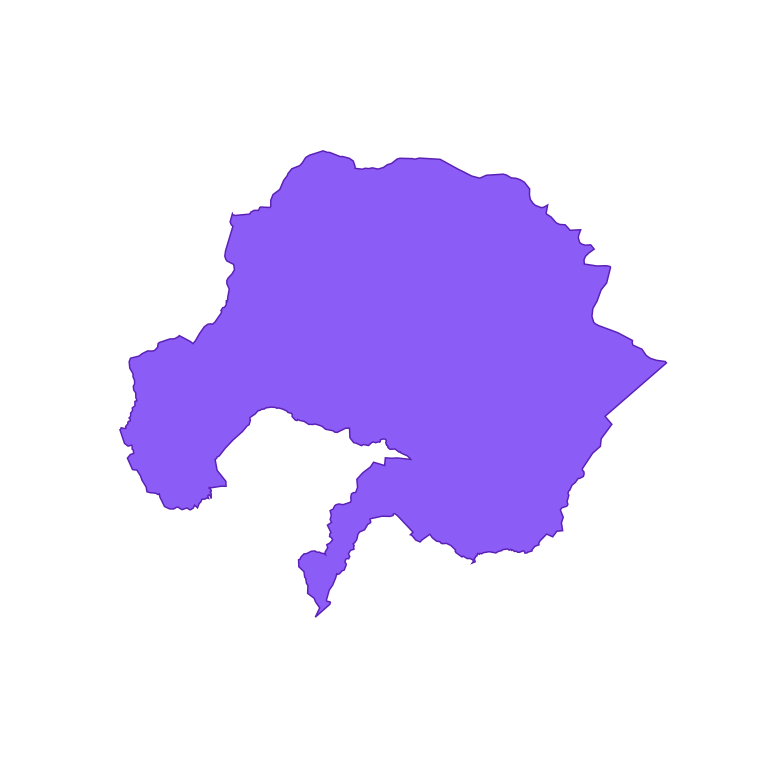 the district of Latacunga, Cotopaxi, Ecuador, rotated 319°
{"feature_id": "8360857B97397633199247", "entity_name": "Latacunga", "entity_type": "district", "adm_level": 2, "iso_a3": "ECU", "parent_name": "Ecuador", "parent_adm1": "Cotopaxi", "projection": "mercator", "projection_center": [-78.651, -0.805], "detail": "fine", "context": "isolated", "style": "filled", "palette": "violet", "viewbox_px": 768, "rotation_deg": 319, "n_neighbors": 0, "source": "geoboundaries", "source_scale": "gbopen_adm2", "svg_char_len": 6171}
<svg xmlns="http://www.w3.org/2000/svg" viewBox="0 0 768 768"><g transform="rotate(319 384 384)"><path d="M591.3,291.5L586.7,284.7L580.8,270.3L573.8,251.3L558.9,236.7L554.4,234.3L553.7,232.9L544.1,224.1L541.4,222.8L534.4,222.5L530.4,220.7L525.6,220.2L520.5,217.9L517.0,213.2L513.9,211.5L511.2,208.7L508.7,207.8L503.7,202.3L505.0,200.6L507.1,195.5L505.9,190.9L501.9,185.0L500.3,183.9L494.9,173.5L493.4,172.3L491.0,168.1L477.8,162.4L473.4,161.7L467.4,163.5L463.6,163.9L455.7,161.1L449.5,162.2L447.6,163.3L442.1,164.4L433.0,168.8L424.6,168.2L419.1,171.0L415.1,175.7L413.8,176.0L407.0,169.5L406.0,169.3L403.3,170.7L399.9,167.7L396.1,166.9L394.5,167.6L393.6,167.3L382.2,159.1L380.9,156.9L381.2,156.1L374.2,160.7L373.2,163.7L373.5,165.8L351.8,179.5L347.7,183.1L346.4,186.1L346.2,188.3L349.0,195.1L346.1,199.7L341.5,201.2L335.8,201.8L333.3,202.8L331.2,205.2L329.5,210.8L322.3,216.6L321.3,218.0L319.6,217.8L319.5,219.1L318.7,218.7L316.9,220.7L313.8,221.5L312.5,220.6L309.1,221.6L309.2,222.5L307.8,223.6L296.8,226.4L293.6,226.3L292.5,224.7L290.2,223.3L286.0,222.9L278.0,224.9L269.8,227.7L266.3,228.2L265.8,225.1L261.2,213.1L260.1,213.4L255.5,212.4L251.9,209.5L241.7,205.3L240.1,205.3L237.3,207.7L233.0,208.2L230.7,207.1L227.2,203.9L221.2,202.4L217.4,202.2L209.6,198.2L206.3,200.0L202.6,205.1L201.3,211.6L199.2,214.0L198.2,217.5L195.7,220.4L193.2,221.3L191.1,224.5L190.8,227.8L187.7,231.6L186.9,234.2L185.8,234.6L185.1,233.7L184.5,233.8L181.7,237.1L178.3,236.9L176.7,239.2L173.7,239.7L171.7,242.1L169.3,242.4L169.4,244.2L168.1,245.4L167.1,244.7L165.8,244.7L164.4,246.1L161.2,246.5L160.4,247.9L159.2,247.6L156.9,244.6L155.3,245.5L154.7,245.3L149.2,258.6L150.1,263.0L153.4,264.6L153.3,265.5L151.2,267.9L151.5,269.2L149.5,272.2L146.4,270.8L141.7,271.6L138.2,283.1L138.2,283.8L141.0,286.9L139.9,293.8L138.3,297.5L136.9,305.7L134.4,309.8L136.2,312.6L140.0,316.5L140.9,319.1L142.3,319.5L140.7,322.3L138.0,332.5L140.2,337.5L143.2,340.3L146.4,340.9L147.7,341.7L149.1,346.3L154.0,348.3L154.8,351.3L155.6,352.0L158.6,352.5L161.6,351.2L162.0,355.1L166.2,352.9L168.3,352.9L171.0,351.5L173.2,353.3L175.8,353.9L176.6,355.3L177.6,352.8L179.1,352.7L179.5,353.9L178.5,357.1L181.9,353.0L181.9,351.5L183.4,351.5L183.8,351.0L184.1,349.3L183.6,348.0L184.2,347.4L185.0,348.6L194.3,354.5L197.7,357.6L200.8,353.7L201.4,339.7L207.0,330.2L208.9,330.3L210.0,329.6L212.5,330.2L222.0,328.3L233.1,327.2L246.2,327.0L253.3,325.8L255.5,326.2L259.6,323.5L260.0,322.1L261.0,321.4L267.3,322.1L271.4,321.5L272.8,322.4L275.0,322.8L277.4,324.4L279.1,324.5L283.8,327.5L286.5,330.3L287.4,332.2L288.4,332.5L291.0,336.3L293.0,340.9L292.8,342.4L294.9,345.3L294.6,347.0L293.3,348.3L293.4,353.1L294.5,354.6L295.7,354.2L296.6,356.4L299.2,359.8L300.7,365.1L304.3,368.3L305.6,368.8L308.3,373.0L309.5,375.4L310.2,379.8L314.9,385.9L315.2,387.9L316.9,389.8L326.1,392.2L329.0,394.7L323.1,402.1L322.9,403.3L322.7,408.5L324.0,410.1L326.6,415.8L328.7,416.1L332.0,420.3L336.4,420.1L338.1,420.9L339.2,422.9L341.6,423.8L342.5,425.0L343.4,425.0L344.7,423.8L346.7,424.5L348.8,426.4L348.7,428.2L346.8,429.4L345.8,432.0L346.3,432.6L345.3,434.6L345.7,437.2L349.7,440.3L350.7,445.4L351.7,445.7L351.6,447.4L354.5,453.6L354.8,457.2L354.7,458.5L345.5,448.5L341.0,445.0L336.6,440.6L331.0,445.9L324.8,436.2L319.5,437.7L309.6,437.1L301.0,438.1L296.2,444.7L291.5,447.3L289.6,445.9L287.3,445.6L284.6,447.7L282.7,450.4L281.2,451.2L273.9,448.2L271.1,444.8L268.4,443.6L266.7,443.6L263.5,445.0L260.2,444.2L258.1,448.5L254.4,451.0L253.7,454.0L248.7,453.4L246.6,461.2L245.0,461.5L242.8,463.4L243.5,465.3L243.0,467.9L238.6,468.5L235.4,467.7L234.2,470.6L229.3,472.2L227.9,474.4L227.7,472.9L225.5,470.2L225.0,468.6L223.1,467.0L222.4,464.7L219.4,462.5L214.3,461.2L212.1,459.7L207.8,460.1L205.9,461.1L204.2,460.6L199.8,466.1L200.5,473.1L197.5,477.6L197.3,479.5L194.7,483.6L194.4,486.2L189.0,491.9L190.7,499.8L189.4,503.7L188.6,510.8L179.2,514.9L198.5,514.7L200.2,513.7L200.3,512.8L198.4,510.6L198.8,509.3L207.5,503.6L213.4,502.1L220.7,498.4L223.8,496.2L224.1,497.3L225.9,498.0L229.8,497.5L231.9,498.3L236.7,495.8L237.5,494.9L237.6,492.9L240.0,491.2L241.3,491.3L242.6,492.7L244.9,491.8L245.8,488.8L249.7,487.6L252.9,489.0L254.4,486.8L255.5,486.4L255.8,484.4L258.0,484.5L261.5,483.5L266.0,480.2L268.7,479.7L273.7,481.3L279.6,479.3L282.8,479.8L283.7,479.2L284.6,476.8L285.2,476.7L295.8,482.5L301.7,487.9L304.6,489.2L305.8,488.2L307.1,488.9L307.8,492.1L308.7,514.8L305.0,515.1L305.7,516.4L305.6,522.7L307.6,526.9L310.5,526.6L320.0,527.5L319.6,531.8L320.5,536.9L322.8,539.9L322.6,541.4L323.2,542.7L326.6,545.3L328.5,549.7L329.1,556.2L328.0,556.9L327.7,558.5L329.4,565.7L330.8,565.8L332.3,570.4L334.4,572.1L335.7,575.2L334.9,576.6L333.2,577.0L336.2,578.0L337.7,574.8L339.0,575.0L340.1,574.2L341.4,574.7L343.5,573.3L344.3,575.1L345.3,574.8L346.3,576.2L348.1,576.4L353.4,579.6L357.6,584.9L360.5,585.4L363.6,587.0L364.8,586.8L369.2,589.7L369.4,591.4L371.2,592.0L371.0,593.1L372.2,593.4L372.5,595.8L374.2,597.1L374.4,598.5L375.8,599.9L379.6,601.2L380.1,602.2L379.4,604.0L381.0,605.3L382.0,605.2L386.2,607.1L387.0,606.2L391.4,605.5L395.5,607.0L395.8,606.1L398.5,604.8L408.3,604.0L411.1,610.0L417.8,608.5L422.6,611.9L426.8,605.2L431.9,602.1L434.4,594.8L437.0,594.1L441.7,596.1L443.1,595.8L444.0,595.3L444.9,592.9L450.5,589.2L451.0,587.3L453.2,585.9L454.5,586.0L459.5,583.7L463.7,583.8L468.7,582.7L469.7,583.6L473.8,584.6L476.1,583.1L477.3,581.3L477.2,579.5L478.0,578.1L496.1,573.1L506.4,573.0L512.0,567.8L529.5,563.9L529.6,553.4L611.0,553.4L611.0,551.5L605.2,544.9L601.8,539.3L600.6,534.4L601.5,526.9L597.3,517.9L598.7,515.3L600.1,514.2L594.0,498.5L584.4,480.9L582.9,477.0L582.8,474.9L585.3,469.4L591.2,464.0L599.1,461.3L609.6,455.4L618.3,453.8L631.5,444.6L631.7,443.6L629.5,440.7L622.1,434.6L613.9,424.9L616.4,421.5L619.9,419.8L624.7,419.5L631.1,420.1L631.3,414.6L626.8,411.1L624.8,407.7L624.6,405.4L626.4,401.4L628.0,399.8L633.6,396.6L625.3,390.1L625.2,382.8L621.2,378.7L619.7,375.3L619.7,367.7L618.2,362.4L618.4,361.5L624.9,356.3L620.5,355.4L618.4,354.1L615.4,348.5L615.0,345.5L615.5,340.8L617.7,336.9L621.9,332.3L622.3,323.7L620.8,319.1L618.4,315.1L615.3,312.0L613.5,306.6L611.7,303.9L598.2,293.6L591.3,291.5Z" fill="#8b5cf6" stroke="#5b21b6" stroke-width="1.5"/></g></svg>